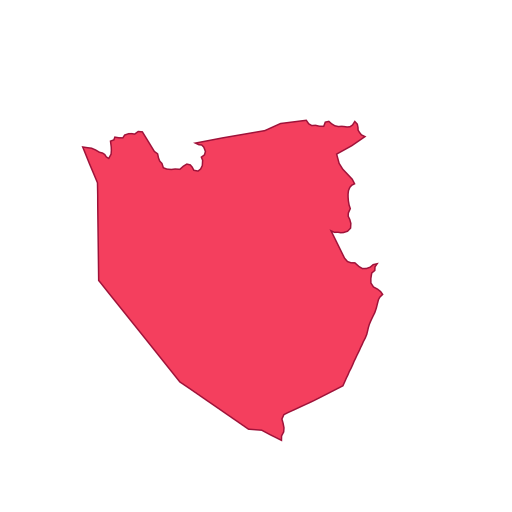 Guajeru, Bahia, Brazil, rotated 243°
{"feature_id": "56859067B64963920888625", "entity_name": "Guajeru", "entity_type": "district", "adm_level": 2, "iso_a3": "BRA", "parent_name": "Brazil", "parent_adm1": "Bahia", "projection": "orthographic", "projection_center": [-41.967, -14.579], "detail": "fine", "context": "isolated", "style": "filled", "palette": "rose", "viewbox_px": 512, "rotation_deg": 243, "n_neighbors": 0, "source": "geoboundaries", "source_scale": "gbopen_adm2", "svg_char_len": 2215}
<svg xmlns="http://www.w3.org/2000/svg" viewBox="0 0 512 512"><g transform="rotate(243 256 256)"><path d="M100.9,274.5L104.1,278.5L106.4,281.3L108.4,284.0L110.7,286.7L113.1,290.1L115.6,293.2L117.6,295.5L119.6,298.2L121.6,300.7L123.3,303.0L125.0,305.3L127.0,307.7L129.0,310.4L131.0,312.8L133.3,316.1L135.9,319.1L138.8,321.6L141.2,323.6L143.8,326.1L145.9,328.6L147.7,330.9L149.4,333.1L151.6,336.1L154.9,339.5L158.7,342.8L161.6,345.4L163.1,347.6L164.3,351.4L167.6,350.9L171.2,349.3L175.1,346.6L179.8,346.1L183.8,348.1L188.3,351.4L189.2,355.3L192.3,357.1L194.1,360.4L195.1,356.5L194.2,352.7L194.7,348.8L196.5,345.1L199.8,343.0L205.0,341.0L206.8,337.6L209.5,335.0L213.9,333.9L244.4,334.3L241.5,336.6L239.9,339.9L238.3,342.0L237.2,344.5L236.5,348.8L237.9,352.9L242.0,355.3L246.0,356.1L249.6,356.2L252.4,357.8L255.4,361.5L259.2,362.1L263.1,363.3L266.7,364.8L269.3,366.1L272.3,368.1L274.6,370.8L275.6,373.5L275.6,376.6L280.7,376.6L294.0,372.7L300.8,372.1L310.2,374.1L310.8,391.4L312.9,407.3L316.1,404.9L319.1,404.3L321.8,404.1L324.2,405.2L327.5,406.1L331.0,405.1L328.9,401.5L328.5,398.4L329.6,395.7L331.2,393.5L332.7,391.1L333.9,388.2L336.3,385.3L339.6,383.3L342.9,382.0L343.8,378.5L340.8,375.2L342.9,371.3L345.4,368.4L346.9,364.9L349.8,363.0L354.1,362.4L362.9,338.0L363.7,320.8L376.3,280.2L384.1,253.3L381.1,255.6L379.6,258.0L376.7,258.9L372.1,258.4L369.5,256.0L368.9,252.2L365.5,251.9L360.9,249.2L358.6,246.1L358.0,242.9L360.6,239.5L364.1,239.5L367.0,238.8L369.3,236.1L369.0,232.1L367.8,227.5L370.2,223.5L371.5,219.9L373.9,216.0L376.7,213.5L381.1,214.2L384.2,213.3L387.5,213.6L391.7,214.7L395.3,212.9L418.2,211.1L420.4,207.6L419.7,203.2L421.4,200.9L422.8,198.0L423.4,193.9L421.7,191.0L423.5,187.6L426.0,184.2L424.0,182.1L424.4,178.5L418.8,176.5L415.8,175.1L412.5,173.1L409.8,169.1L412.2,167.6L415.1,167.3L417.4,166.0L419.5,163.6L423.3,161.2L426.7,158.4L429.0,155.0L431.8,151.1L413.8,149.5L405.3,148.9L393.2,148.0L382.1,142.6L373.4,138.2L305.6,104.7L303.0,105.3L289.6,108.0L235.3,119.3L178.3,131.0L170.4,135.4L105.1,170.7L98.2,182.0L90.6,187.3L80.2,195.0L84.1,197.1L86.7,200.8L90.2,202.9L94.7,204.2L99.0,205.1L102.0,208.8L102.0,213.1L100.9,241.6L100.9,274.5Z" fill="#f43f5e" stroke="#9f1239" stroke-width="1.5"/></g></svg>